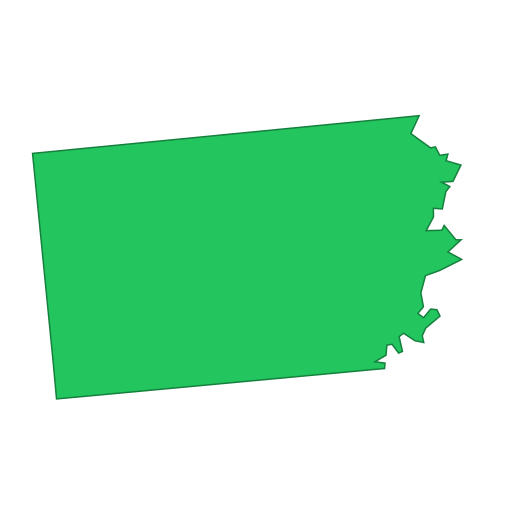 Coleman, Texas, United States of America (Equal Earth projection), rotated 264°
{"feature_id": "52423323B20578192164801", "entity_name": "Coleman", "entity_type": "district", "adm_level": 2, "iso_a3": "USA", "parent_name": "United States of America", "parent_adm1": "Texas", "projection": "equal_earth", "projection_center": [-99.516, 31.746], "detail": "fine", "context": "isolated", "style": "filled", "palette": "green", "viewbox_px": 512, "rotation_deg": 264, "n_neighbors": 0, "source": "geoboundaries", "source_scale": "gbopen_adm2", "svg_char_len": 768}
<svg xmlns="http://www.w3.org/2000/svg" viewBox="0 0 512 512"><g transform="rotate(264 256 256)"><path d="M188.0,417.2L202.0,416.1L218.8,422.5L222.4,437.1L231.1,460.1L240.0,447.3L250.7,461.6L251.2,456.5L266.7,446.3L262.2,443.5L263.4,427.9L276.3,436.6L284.9,437.4L283.3,446.2L300.1,451.5L304.8,456.0L310.0,448.2L309.6,459.7L325.0,469.3L330.9,455.0L337.3,457.5L336.9,449.3L345.8,445.8L345.3,440.9L361.5,422.8L378.5,432.9L381.4,44.5L174.0,43.2L134.7,42.7L130.8,363.3L130.6,372.1L136.0,373.1L138.4,363.2L143.7,374.9L153.8,376.9L153.9,382.1L144.5,387.7L145.8,391.7L160.8,389.9L163.8,394.6L155.2,405.1L152.4,413.8L159.3,413.0L166.6,417.3L177.0,432.7L183.7,430.3L185.0,424.2L177.1,416.2L182.0,411.0L188.0,417.2Z" fill="#22c55e" stroke="#15803d" stroke-width="1.5"/></g></svg>